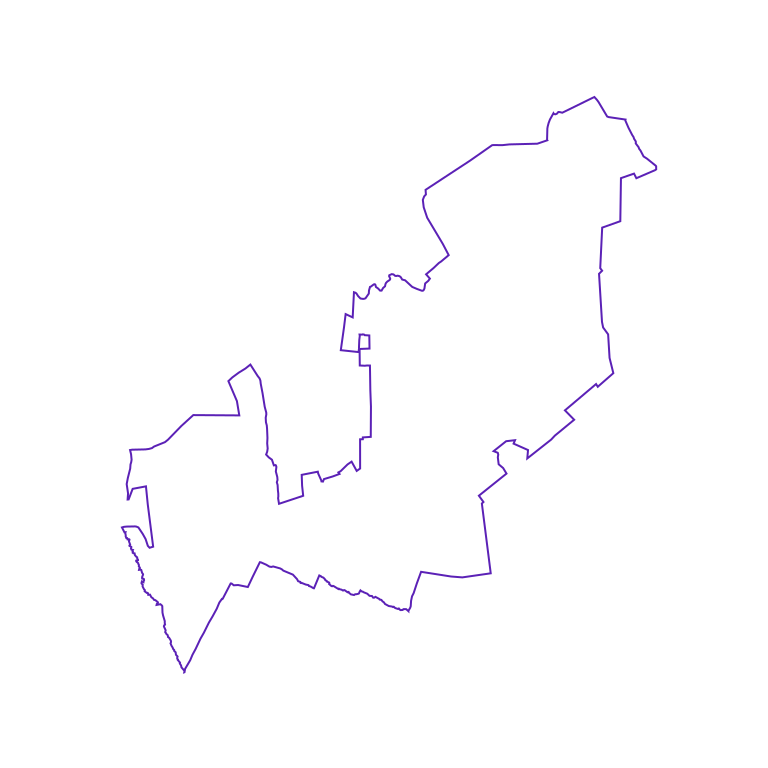 the district of Hlipiceni, Botosani, Romania, rotated 7°
{"feature_id": "2599482B72423078179164", "entity_name": "Hlipiceni", "entity_type": "district", "adm_level": 2, "iso_a3": "ROU", "parent_name": "Romania", "parent_adm1": "Botosani", "projection": "mercator", "projection_center": [27.104, 47.59], "detail": "fine", "context": "isolated", "style": "outline", "palette": "violet", "viewbox_px": 768, "rotation_deg": 7, "n_neighbors": 0, "source": "geoboundaries", "source_scale": "gbopen_adm2", "svg_char_len": 6149}
<svg xmlns="http://www.w3.org/2000/svg" viewBox="0 0 768 768"><g transform="rotate(7 384 384)"><path d="M220.9,694.5L221.1,694.4L221.3,691.0L225.3,681.8L226.9,676.1L229.3,670.0L232.9,659.1L235.5,652.9L239.3,642.1L242.2,635.5L245.4,627.4L247.2,621.0L249.3,617.1L249.7,617.2L250.1,616.8L256.1,600.7L257.0,600.6L259.4,602.1L263.7,601.3L273.6,602.1L277.2,591.2L282.5,576.0L283.5,576.0L289.1,577.7L292.5,579.2L294.5,579.3L296.2,578.6L303.4,579.7L305.2,580.4L306.8,581.5L316.8,584.3L321.5,588.3L322.8,590.2L324.9,590.6L325.4,591.6L325.9,591.7L326.3,591.4L330.8,592.6L333.4,592.8L333.9,593.1L334.2,593.7L335.7,593.9L338.9,595.3L339.4,595.3L343.1,581.9L344.9,582.5L345.3,583.0L347.5,583.6L349.4,585.2L349.7,585.9L351.1,586.4L351.3,587.0L353.8,587.8L354.1,588.4L353.9,589.2L356.5,591.0L357.4,591.0L357.9,590.6L358.6,590.7L363.6,593.0L363.9,593.1L364.2,592.7L365.0,593.1L366.9,593.3L368.5,594.0L369.0,593.6L370.0,593.4L373.1,595.1L373.6,595.2L373.9,594.7L374.2,594.7L374.5,595.3L376.7,596.8L380.0,597.1L381.0,596.2L382.3,596.0L384.4,595.2L384.7,594.8L385.3,592.6L385.8,592.4L385.9,591.8L387.2,592.6L388.3,592.7L388.9,593.1L393.0,594.2L395.4,596.0L397.9,595.9L399.3,597.4L400.2,597.3L401.4,596.3L405.7,598.0L406.0,598.5L407.7,598.6L409.1,600.0L410.5,600.7L411.8,602.2L415.8,603.8L419.0,603.9L420.1,604.3L420.8,603.9L422.4,605.0L425.4,605.6L426.1,605.0L427.6,606.3L428.1,606.4L430.0,606.0L430.1,605.7L431.1,605.0L433.5,604.8L435.8,606.4L435.7,605.9L436.1,605.7L437.3,602.8L437.6,601.3L437.3,595.9L437.7,591.3L438.9,588.0L440.9,577.9L443.7,565.9L474.0,566.9L485.3,566.4L513.0,558.9L495.7,490.7L497.1,489.0L491.8,483.3L516.5,458.0L512.5,452.9L507.6,449.7L505.9,442.9L506.0,440.2L505.3,438.4L501.0,437.3L512.2,425.9L520.9,423.8L519.9,427.4L535.0,432.0L535.3,440.4L556.7,418.8L559.9,414.4L577.1,396.3L566.8,388.1L594.5,358.2L596.5,360.7L610.3,345.3L604.7,330.6L600.4,307.4L594.6,301.2L592.8,295.8L584.0,248.4L586.7,245.0L584.5,242.7L581.5,202.2L598.7,193.6L594.1,150.8L606.5,144.7L609.4,149.0L627.0,138.7L628.0,137.8L627.6,134.8L627.2,134.3L617.6,128.3L613.9,126.5L610.1,121.0L608.6,119.5L607.8,117.9L604.7,114.7L604.5,114.4L604.5,113.1L604.2,112.4L602.3,110.1L601.6,108.5L600.0,106.6L595.5,100.0L591.5,93.2L591.4,92.7L591.5,92.1L574.5,91.7L572.9,91.3L562.5,77.9L560.6,75.9L557.8,73.5L527.9,93.0L525.4,92.7L523.9,92.8L522.6,94.7L521.3,95.4L519.7,95.3L519.2,94.6L516.5,101.2L515.6,104.8L515.1,108.4L515.0,110.5L516.1,121.8L516.4,122.2L506.9,126.8L479.3,130.9L472.4,132.5L463.5,133.5L462.2,133.8L442.2,151.8L401.6,186.2L402.5,190.8L401.0,192.9L400.1,196.5L401.9,203.8L406.6,213.7L425.3,237.8L432.5,248.2L425.7,255.5L423.7,257.2L419.1,262.8L412.4,270.0L416.7,273.8L415.4,276.2L412.6,279.2L412.5,284.3L412.0,285.8L411.2,286.7L410.1,286.8L405.0,285.6L400.2,284.2L392.3,278.5L389.3,278.1L387.7,276.0L386.3,275.1L384.4,274.8L383.0,275.3L381.9,275.3L380.1,274.1L378.3,274.0L376.0,275.4L375.9,276.3L377.3,278.6L377.3,279.4L376.8,280.2L374.8,281.9L373.7,283.4L373.3,284.6L373.1,286.9L371.4,288.8L370.2,291.6L368.8,291.8L366.3,289.8L364.2,288.7L363.3,286.5L362.7,286.1L361.7,286.4L359.0,289.0L358.3,289.3L357.7,293.0L357.9,296.1L355.2,301.2L353.8,301.9L352.6,302.1L350.2,302.0L347.5,299.8L345.7,297.6L344.6,296.9L343.0,296.6L344.8,321.7L337.4,319.3L337.4,332.5L337.0,355.7L354.8,355.4L354.9,351.8L354.7,350.7L354.1,343.2L354.1,339.3L353.7,337.9L356.5,337.6L356.9,337.3L358.3,337.4L358.9,337.9L363.5,337.6L365.3,350.6L355.5,352.2L357.7,368.6L362.8,368.2L364.9,367.7L367.8,367.4L371.2,391.9L373.8,408.0L377.3,438.1L369.5,439.6L369.7,441.4L367.0,441.8L370.6,470.8L367.5,473.6L361.3,465.0L357.6,468.3L351.5,475.9L349.5,477.3L350.8,478.7L344.4,482.0L336.0,485.7L335.3,488.3L333.8,488.3L333.6,487.5L329.6,480.9L329.0,479.1L313.4,484.2L315.1,494.9L317.4,504.8L294.4,515.7L292.8,510.3L292.8,508.4L292.4,505.5L291.7,502.7L290.7,497.2L289.6,494.6L290.0,492.2L289.4,489.3L287.3,484.0L287.3,479.4L286.6,477.9L286.2,477.7L284.6,478.2L282.0,472.8L278.6,470.9L275.6,468.4L276.3,465.5L276.4,462.2L275.3,457.2L274.9,451.8L273.4,442.7L272.7,439.4L271.5,436.4L270.7,431.9L270.9,428.5L270.6,426.7L268.4,421.2L264.5,407.7L261.6,398.7L260.9,395.7L259.8,393.6L257.6,391.4L249.0,381.0L244.6,385.5L238.5,390.4L232.6,396.0L229.2,400.1L240.1,418.9L244.2,432.8L198.5,438.1L188.0,450.3L176.4,465.6L173.7,468.4L163.4,474.1L161.5,475.9L158.6,477.1L155.1,478.0L142.0,479.9L140.0,480.5L141.5,484.5L142.7,489.9L142.6,492.5L142.2,494.7L142.4,498.9L141.2,508.5L140.8,514.7L143.3,523.8L143.6,529.9L144.6,529.7L147.3,518.7L160.2,514.6L164.2,532.3L174.7,573.6L171.3,575.1L169.3,573.4L166.3,567.0L162.8,562.2L157.7,556.3L155.5,555.7L154.2,555.7L145.8,556.9L143.2,557.5L141.4,558.3L144.5,562.9L145.5,562.6L145.4,563.5L146.1,565.7L146.2,566.8L147.1,568.4L147.9,568.3L148.4,569.5L149.7,569.1L150.3,569.4L150.3,570.0L150.0,570.5L150.1,571.4L151.6,574.3L151.0,575.3L151.1,575.7L153.0,576.4L153.1,576.9L152.9,578.1L153.4,579.1L155.0,579.3L154.7,580.2L154.7,580.5L155.2,580.9L155.1,582.1L155.8,582.5L157.1,582.5L157.6,584.2L159.0,585.5L160.1,586.1L160.4,587.5L161.2,588.3L161.3,588.9L160.1,589.5L159.6,589.5L159.5,589.8L160.1,590.6L161.8,591.7L162.2,592.7L162.8,593.5L162.9,595.0L164.0,595.9L164.1,596.6L163.6,597.2L163.5,598.3L165.0,597.9L165.7,598.1L166.9,600.9L168.0,602.1L168.1,602.6L167.5,604.8L167.5,606.1L167.8,606.7L169.0,606.6L169.5,606.9L169.8,608.1L169.4,609.2L169.4,610.0L167.8,609.4L167.5,611.1L167.7,611.6L169.0,612.6L169.0,614.1L169.4,614.9L170.9,617.1L171.8,617.8L171.7,618.9L174.1,620.3L174.7,620.1L175.3,620.5L175.7,622.0L177.4,621.6L179.1,624.0L180.8,624.9L182.1,626.3L183.4,626.4L186.1,628.1L186.3,628.6L185.3,630.0L185.2,631.0L188.9,629.8L190.4,630.8L191.0,631.5L192.0,637.9L192.9,640.6L195.3,646.1L195.5,647.9L196.0,649.5L195.2,650.4L195.1,651.5L197.2,654.9L197.3,655.4L197.1,656.2L197.2,657.2L197.8,657.6L198.6,658.8L199.7,659.4L200.3,660.6L200.4,661.4L201.6,662.0L203.7,664.7L204.0,665.6L204.0,666.7L203.7,667.4L205.0,669.7L206.3,671.3L207.1,672.8L208.1,673.5L208.3,674.5L209.9,675.7L210.5,678.1L212.3,679.6L212.1,681.1L212.3,681.9L213.1,682.6L213.0,683.1L215.5,685.4L215.4,686.3L216.9,688.1L217.5,689.9L220.7,692.9L221.0,693.5L220.9,694.5Z" fill="none" stroke="#5b21b6" stroke-width="2"/></g></svg>